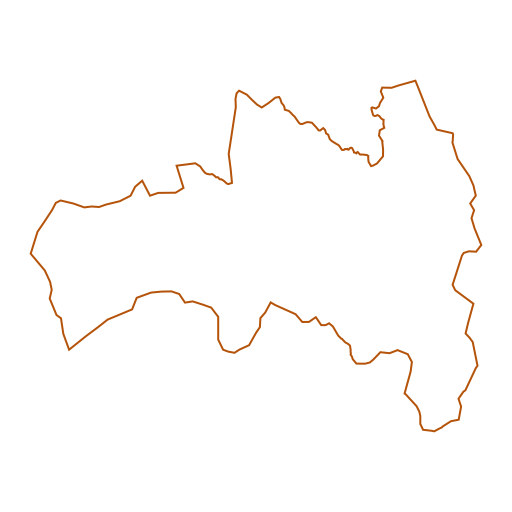 outline of Zaria, Kaduna, Nigeria
{"feature_id": "59680162B50201894093674", "entity_name": "Zaria", "entity_type": "district", "adm_level": 2, "iso_a3": "NGA", "parent_name": "Nigeria", "parent_adm1": "Kaduna", "projection": "natural_earth1", "projection_center": [7.7, 11.029], "detail": "fine", "context": "isolated", "style": "outline", "palette": "amber", "viewbox_px": 512, "rotation_deg": 0, "n_neighbors": 0, "source": "geoboundaries", "source_scale": "gbopen_adm2", "svg_char_len": 3607}
<svg xmlns="http://www.w3.org/2000/svg" viewBox="0 0 512 512"><path d="M442.0,427.3L442.6,426.5L451.0,421.2L458.7,419.7L461.1,406.6L458.5,398.7L463.4,391.7L465.4,390.3L475.9,367.9L477.5,365.8L477.5,365.7L472.7,342.0L469.4,337.5L465.6,333.5L468.0,323.3L473.4,303.7L455.2,290.2L452.6,284.8L462.0,255.5L463.8,252.9L469.0,251.3L476.1,251.7L481.3,245.0L474.6,228.5L471.5,218.2L474.1,210.2L470.2,203.5L475.8,195.6L474.2,188.9L473.5,185.6L469.3,176.1L457.6,159.0L452.8,143.7L452.4,142.3L452.7,141.2L453.1,134.4L452.6,133.2L445.0,131.5L436.7,129.6L434.6,125.4L429.5,116.3L418.0,87.1L415.4,80.7L399.1,85.3L391.5,87.8L382.2,87.6L380.8,91.4L383.3,97.7L380.1,102.8L378.9,106.3L376.0,108.5L372.2,107.4L371.5,107.8L371.5,109.5L373.0,114.8L373.4,115.4L374.1,115.8L374.8,116.0L375.7,115.9L377.5,115.1L379.3,116.1L381.3,118.6L382.7,119.5L383.6,119.8L383.4,124.4L383.7,125.6L383.8,126.3L384.3,127.8L379.8,130.3L379.0,135.6L382.4,141.0L382.2,141.1L382.6,145.0L383.1,149.6L383.0,156.3L377.0,163.5L373.0,165.6L371.4,166.0L371.1,166.1L370.7,165.5L368.6,161.9L368.4,160.0L368.2,158.5L368.3,156.0L367.0,155.1L365.1,154.8L364.3,154.7L362.0,154.5L360.2,154.6L358.9,153.4L357.7,152.0L357.1,152.3L356.3,153.3L355.7,152.8L354.0,152.5L353.8,151.5L353.7,151.2L352.5,148.8L351.9,147.9L351.2,147.7L350.4,147.8L349.1,149.0L348.6,149.7L348.0,149.6L347.4,148.9L346.0,149.2L345.3,149.0L344.8,149.1L344.3,149.7L343.0,150.0L341.8,149.8L341.4,149.1L340.8,148.3L340.5,147.7L339.7,146.6L339.1,145.7L338.3,145.0L338.1,144.8L337.0,144.3L331.7,141.0L329.7,139.0L329.5,138.3L328.9,136.7L328.2,134.7L326.1,133.4L325.5,131.4L325.1,130.0L323.2,128.1L320.1,130.5L318.7,130.4L316.1,127.2L311.9,122.7L308.1,122.1L306.4,122.3L302.3,124.0L300.7,124.0L299.4,123.3L297.3,120.5L294.7,116.7L292.5,114.7L290.7,112.7L288.8,110.9L284.8,109.7L284.5,107.4L283.6,105.3L281.6,103.0L280.9,100.8L280.4,99.2L279.1,97.0L275.4,97.6L268.6,103.0L261.7,107.5L256.9,104.5L251.5,99.4L246.9,94.7L239.1,90.7L236.6,93.3L235.5,98.9L235.8,107.3L228.7,153.9L230.7,169.4L231.3,175.9L232.0,182.9L228.3,184.1L227.0,183.6L225.6,182.5L224.6,181.5L223.1,180.3L221.1,179.2L220.1,179.4L218.8,178.4L218.4,177.5L217.4,177.2L216.1,177.3L215.0,176.2L213.3,174.8L212.1,174.1L209.7,174.4L207.1,173.9L205.2,173.0L203.6,171.1L202.3,169.5L200.2,166.4L195.3,163.3L176.6,165.7L183.5,187.9L175.6,192.7L158.2,192.9L150.0,195.7L142.2,180.7L135.1,186.8L130.6,195.7L119.8,201.2L105.9,204.6L99.1,207.0L91.7,206.5L84.3,207.4L73.3,203.5L60.6,200.5L55.8,202.9L52.1,210.0L44.0,222.3L37.5,231.8L30.7,253.7L44.8,270.5L50.1,281.9L51.7,289.8L51.4,291.2L49.7,298.5L56.5,315.0L61.0,318.3L63.3,333.8L69.1,349.7L85.8,336.3L99.0,326.4L107.6,319.6L132.1,309.4L136.7,297.8L142.5,295.7L151.0,292.6L161.2,291.6L171.5,291.4L179.2,294.0L185.0,302.6L192.7,301.4L203.0,304.7L211.2,307.6L218.2,316.8L218.2,339.6L221.4,346.2L223.1,349.7L228.2,351.6L234.5,352.8L239.6,349.5L249.1,345.2L256.1,332.7L259.9,327.1L260.4,318.1L265.2,312.6L270.7,302.4L275.1,305.0L295.6,314.2L302.3,322.0L309.0,321.9L315.8,317.2L317.5,319.6L321.2,325.1L325.7,325.1L329.1,323.3L332.9,326.5L338.2,335.6L341.3,338.7L341.9,338.8L343.4,340.4L345.2,342.3L348.5,344.2L349.6,345.2L350.0,345.9L350.2,346.8L350.4,348.5L350.5,349.0L350.7,350.0L350.6,351.0L350.6,352.1L350.9,353.3L350.6,354.6L351.9,356.5L352.7,359.1L356.4,363.6L365.1,363.7L369.8,362.5L373.3,359.6L380.4,352.2L389.5,353.2L397.7,350.1L398.0,350.3L407.8,354.2L408.5,355.6L411.9,362.0L410.6,371.7L404.6,393.4L404.6,393.6L405.4,394.0L416.6,406.2L419.3,411.6L420.3,416.0L420.3,424.0L423.1,429.8L431.0,430.7L434.3,431.3L438.9,428.8L442.0,427.3L442.0,427.3Z" fill="none" stroke="#b45309" stroke-width="2"/></svg>